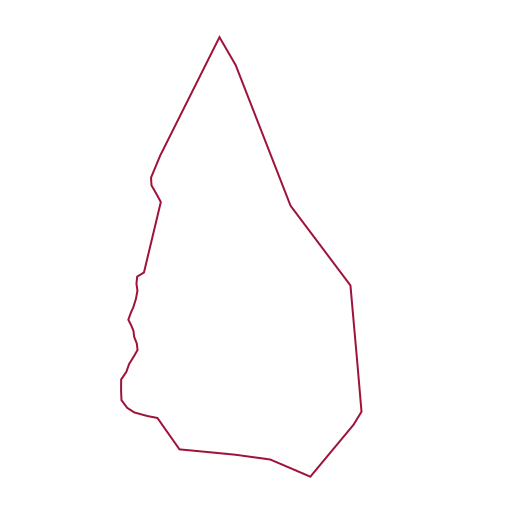 Floresta do Piauí, Piauí, Brazil, rotated 6°
{"feature_id": "56859067B30804190788438", "entity_name": "Floresta do Piauí", "entity_type": "district", "adm_level": 2, "iso_a3": "BRA", "parent_name": "Brazil", "parent_adm1": "Piauí", "projection": "robinson", "projection_center": [-41.832, -7.451], "detail": "fine", "context": "isolated", "style": "outline", "palette": "rose", "viewbox_px": 512, "rotation_deg": 6, "n_neighbors": 0, "source": "geoboundaries", "source_scale": "gbopen_adm2", "svg_char_len": 654}
<svg xmlns="http://www.w3.org/2000/svg" viewBox="0 0 512 512"><g transform="rotate(6 256 256)"><path d="M333.1,469.8L370.7,413.5L377.2,399.8L367.9,351.5L360.0,311.2L353.0,275.4L285.1,202.4L215.9,68.4L196.8,42.2L150.2,166.2L143.4,189.1L144.7,196.7L151.0,205.4L155.7,212.3L146.3,284.1L140.0,288.9L140.0,296.0L141.7,302.8L141.1,311.0L139.4,319.7L137.6,325.0L135.7,332.7L139.2,338.1L142.0,343.4L143.3,349.2L146.6,355.5L148.0,361.8L145.3,368.0L141.1,376.7L139.2,384.7L134.8,392.9L135.9,404.1L137.3,413.5L143.8,420.5L151.3,424.3L164.6,426.5L174.9,427.4L200.1,456.3L255.7,455.8L291.4,456.9L333.1,469.8Z" fill="none" stroke="#9f1239" stroke-width="2"/></g></svg>